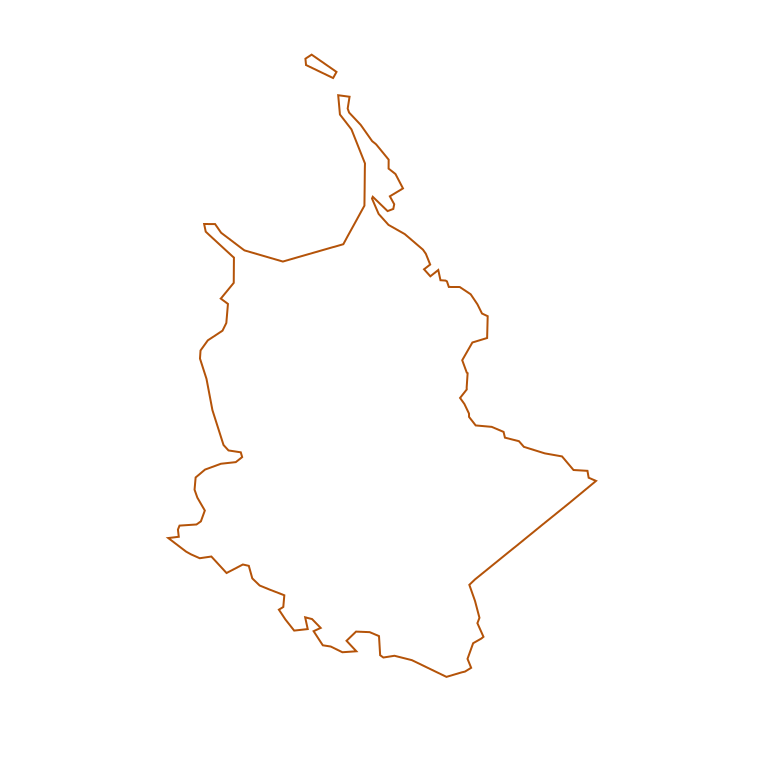 outline of Toa Baja, Puerto Rico, rotated 297°
{"feature_id": "32010507B67187557196313", "entity_name": "Toa Baja", "entity_type": "district", "adm_level": 2, "iso_a3": "PRI", "parent_name": "Puerto Rico", "parent_adm1": "", "projection": "equal_earth", "projection_center": [-66.203, 18.432], "detail": "fine", "context": "isolated", "style": "outline", "palette": "amber", "viewbox_px": 768, "rotation_deg": 297, "n_neighbors": 0, "source": "geoboundaries", "source_scale": "gbopen_adm2", "svg_char_len": 2207}
<svg xmlns="http://www.w3.org/2000/svg" viewBox="0 0 768 768"><g transform="rotate(297 384 384)"><path d="M393.9,616.9L393.4,608.9L399.0,604.7L393.4,591.9L400.3,575.5L395.2,558.8L391.5,537.2L394.3,530.2L391.1,516.1L395.6,512.3L394.7,499.4L388.7,484.5L393.3,474.7L396.2,473.2L402.7,464.7L406.1,458.1L416.7,460.2L418.3,459.3L431.6,453.6L431.7,452.6L440.7,442.9L461.1,443.9L471.8,455.0L491.5,445.6L491.4,442.8L491.3,439.3L497.4,431.1L503.3,420.5L504.8,407.5L499.9,397.7L504.0,393.5L504.1,391.9L502.1,387.2L510.2,380.6L501.0,376.4L504.4,367.6L511.4,370.9L519.0,362.2L521.4,357.7L527.0,334.4L527.8,315.8L533.1,302.0L543.8,289.1L545.7,289.0L539.7,308.7L544.2,312.8L548.8,311.5L553.9,304.0L566.9,312.1L576.3,298.9L578.0,290.3L586.0,286.3L593.9,268.3L594.2,267.2L595.0,263.2L604.3,245.6L610.0,229.7L612.9,226.6L624.3,222.9L620.5,212.1L604.1,222.4L596.1,239.4L571.9,266.9L567.3,269.1L549.8,277.8L534.0,285.6L531.0,285.5L527.9,285.4L517.2,285.1L498.9,284.5L490.1,284.3L483.9,277.7L482.5,276.1L457.3,249.1L447.2,238.3L439.7,199.0L440.1,196.5L444.8,170.2L449.8,160.9L444.9,151.1L438.8,156.0L437.5,160.4L429.0,190.8L428.5,192.9L405.9,204.2L386.3,199.9L386.0,199.8L384.5,208.6L366.8,215.8L358.2,215.9L342.9,207.2L330.6,205.3L323.1,208.5L308.0,223.5L282.8,243.0L256.8,268.7L254.2,275.6L258.1,287.4L254.5,290.8L247.1,287.4L238.9,274.9L226.5,263.4L215.2,258.6L203.8,263.2L198.0,269.3L189.9,281.8L178.5,283.2L173.7,280.7L165.0,266.1L160.7,266.5L154.7,270.5L148.8,261.7L144.8,283.8L144.6,289.5L145.1,298.9L151.9,308.5L144.1,329.5L159.1,340.2L160.6,346.1L151.0,354.9L148.0,364.7L148.9,375.5L150.5,391.1L139.6,395.5L135.2,392.8L129.4,403.1L123.5,415.9L131.0,427.3L140.3,419.7L141.9,426.6L137.9,438.3L131.8,433.5L123.4,448.1L125.9,455.7L126.1,468.7L133.3,480.7L138.2,467.2L150.7,471.5L156.4,483.9L157.1,494.0L140.6,503.7L140.0,507.6L146.6,516.7L150.6,534.2L151.4,572.6L162.4,584.2L164.5,586.7L170.7,590.5L177.0,583.2L193.5,581.1L201.4,586.3L203.9,587.4L213.3,575.8L219.0,575.2L232.0,563.6L243.8,551.2L251.2,553.8L297.1,574.2L297.2,574.3L329.8,588.7L362.0,603.1L393.9,616.9ZM633.0,169.6L632.8,169.7L633.5,199.7L634.4,199.8L640.5,200.0L644.6,170.0L638.2,166.3L633.0,169.6Z" fill="none" stroke="#b45309" stroke-width="2"/></g></svg>